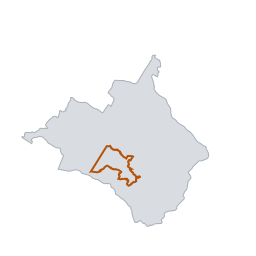 Maniema on a map of Democratic Republic of the Congo (Robinson projection), rotated 122°
{"feature_id": "COD-1895", "entity_name": "Maniema", "entity_type": "Province", "adm_level": 1, "iso_a3": "COD", "parent_name": "Democratic Republic of the Congo", "parent_adm1": "", "projection": "robinson", "projection_center": [26.456, -2.545], "detail": "fine", "context": "in_parent", "style": "outline", "palette": "amber", "viewbox_px": 256, "rotation_deg": 122, "n_neighbors": 0, "source": "natural_earth", "source_scale": "10m", "svg_char_len": 8169}
<svg xmlns="http://www.w3.org/2000/svg" viewBox="0 0 256 256"><g transform="rotate(122 128 128)"><path d="M200.0,165.4L185.2,168.1L185.5,169.0L185.3,170.0L185.0,170.8L183.4,172.9L181.2,174.8L181.2,175.2L182.3,177.4L183.0,180.3L182.8,185.4L183.1,186.8L183.1,187.9L182.3,189.1L180.8,195.3L181.8,198.3L184.7,201.1L186.4,203.1L189.3,203.9L189.8,203.8L190.0,202.0L192.3,201.4L192.2,212.4L192.1,213.0L191.7,213.2L191.1,212.8L190.9,211.7L190.3,211.3L187.5,212.7L186.8,212.6L186.0,212.4L185.5,211.8L185.3,211.0L183.3,207.8L182.3,207.5L181.3,204.7L176.8,202.5L175.1,202.4L174.3,201.7L173.4,199.5L171.9,198.0L171.6,196.4L171.3,196.1L170.4,196.5L169.6,199.0L168.6,199.6L166.8,199.7L162.3,199.0L159.0,197.6L158.2,197.7L156.9,196.5L156.3,194.6L156.6,193.0L156.4,192.8L151.4,194.1L150.2,194.9L149.1,194.7L148.8,194.3L149.3,193.2L149.0,192.1L148.7,191.5L147.2,191.1L146.7,189.9L145.8,189.7L145.5,189.9L145.3,190.7L144.8,191.0L141.8,190.6L138.7,191.7L134.6,191.4L132.7,192.7L132.4,192.6L132.0,192.0L131.6,189.9L131.8,189.3L132.4,188.9L132.6,188.1L132.4,185.9L132.5,185.4L132.3,184.2L131.7,182.2L130.8,180.6L129.0,178.1L128.6,177.0L128.7,174.3L129.3,170.0L129.3,166.8L128.5,164.7L128.3,162.4L128.8,158.4L128.3,157.4L118.9,157.1L118.5,156.8L118.4,156.2L118.8,153.9L113.1,154.5L111.3,154.9L110.3,155.9L109.9,157.1L109.9,158.9L109.1,160.5L108.8,163.4L107.2,163.7L105.7,163.7L102.6,163.1L99.6,163.9L98.2,164.6L97.4,164.3L94.8,164.6L94.4,164.3L91.3,158.8L90.0,156.9L89.7,156.0L89.8,155.1L89.4,154.0L88.0,151.1L87.7,149.8L87.8,147.7L87.6,147.0L86.3,145.2L85.5,144.6L84.5,144.3L69.2,144.5L64.1,144.2L60.4,144.4L58.6,144.3L58.0,144.0L56.3,144.4L55.5,145.2L54.1,145.5L53.3,145.4L51.7,143.3L53.9,143.0L54.0,142.7L54.1,137.8L53.6,137.1L54.7,136.2L56.6,134.0L58.4,133.3L58.6,132.8L59.0,132.8L59.7,133.8L61.3,135.0L63.2,133.9L63.4,133.6L63.7,131.5L64.2,131.3L65.0,131.8L65.5,131.8L66.3,131.1L68.8,130.1L69.5,131.4L68.9,132.7L69.2,133.5L69.2,134.9L69.7,135.2L71.6,135.4L72.2,135.0L76.1,130.1L77.1,129.6L78.7,127.6L80.9,126.8L81.9,125.2L83.1,122.5L83.7,118.6L83.4,111.7L83.6,110.8L86.2,107.8L88.9,102.2L90.8,100.7L92.1,100.1L94.2,98.1L95.9,96.0L95.7,93.6L96.1,91.5L97.0,88.9L97.3,86.2L97.0,83.3L97.1,80.9L98.4,77.1L98.5,72.8L99.6,69.1L101.9,64.5L102.9,61.1L102.7,57.7L103.0,55.2L102.9,53.7L102.5,52.4L102.7,51.6L103.6,51.3L104.6,50.0L106.5,46.7L108.6,45.0L110.0,44.5L111.5,44.6L112.5,44.9L114.0,46.2L115.8,47.2L117.1,48.5L118.5,50.6L121.6,51.0L123.0,51.7L123.8,52.0L124.1,51.8L124.8,51.9L126.3,52.5L127.5,52.2L133.4,53.5L134.0,52.9L135.7,49.4L136.9,48.2L138.9,48.1L140.5,48.7L141.4,48.7L148.6,45.7L149.5,45.6L152.1,46.3L153.9,45.8L154.5,46.0L156.0,45.5L157.2,43.4L158.2,42.8L168.6,45.1L170.2,44.0L171.0,43.9L173.3,44.7L174.0,46.0L175.4,47.1L176.3,48.9L177.9,49.9L178.7,50.9L179.6,51.6L181.5,51.8L183.9,50.2L185.6,50.3L187.3,51.2L187.9,51.2L189.1,50.2L189.8,49.2L190.5,49.0L191.5,49.4L192.3,50.4L193.0,51.8L195.6,54.9L198.1,56.2L198.8,58.2L199.7,58.0L200.1,58.2L200.8,59.4L201.2,59.6L201.3,60.1L200.7,61.3L200.1,63.4L200.9,64.8L200.2,66.8L199.9,68.8L200.7,69.3L201.8,69.2L202.7,70.3L203.5,70.5L204.3,71.6L204.1,72.5L201.6,75.8L197.9,79.8L196.7,80.3L196.0,81.0L195.6,82.2L194.5,83.2L193.6,83.6L193.6,86.5L192.3,89.5L191.8,90.2L191.1,95.1L191.3,95.9L190.6,99.9L190.7,103.7L188.9,104.8L187.6,106.7L187.1,107.9L187.1,111.0L185.1,112.8L184.9,113.3L185.4,115.4L186.2,115.7L186.2,116.5L187.9,118.8L187.8,125.8L187.8,126.5L188.7,128.2L189.3,131.4L188.6,135.5L190.9,143.0L189.9,145.7L190.4,148.4L191.7,151.1L194.9,153.8L195.7,154.9L196.5,156.4L197.3,158.8L200.0,165.4Z" fill="#d9dde1" stroke="#a8b0b8" stroke-width="1"/><path d="M151.9,113.4L151.7,113.3L151.5,112.9L150.7,111.3L150.0,110.2L149.8,109.9L149.7,109.3L149.6,108.6L152.7,108.8L153.1,108.7L153.9,108.6L154.0,108.6L154.6,109.1L154.6,109.4L154.6,109.5L154.4,109.8L154.5,109.9L154.5,110.0L154.8,110.1L155.1,110.2L155.5,110.2L155.9,110.2L156.3,110.1L156.6,110.0L156.7,109.9L158.0,108.3L158.2,108.0L158.3,108.0L158.5,107.9L158.8,107.8L159.0,107.8L159.4,108.0L159.6,108.1L160.2,107.9L160.5,107.9L160.7,107.6L160.8,107.4L160.8,107.2L160.8,106.6L160.8,106.4L160.9,105.8L160.9,105.6L160.9,105.2L160.9,104.1L160.9,103.7L161.1,104.0L161.3,104.2L161.5,104.4L161.5,104.5L161.8,104.6L162.0,104.6L162.2,104.4L162.2,104.2L162.3,104.1L162.2,103.8L162.3,103.7L162.5,103.5L162.6,103.4L162.6,103.2L162.6,102.8L162.6,102.7L162.8,102.6L163.0,102.4L163.0,102.2L163.1,101.7L163.3,101.4L163.2,101.0L163.1,100.9L163.2,100.1L163.3,99.8L163.4,99.7L164.0,99.3L164.2,99.2L164.3,99.0L164.4,98.9L164.4,98.7L164.1,96.8L164.2,96.6L164.4,96.3L165.1,95.6L165.2,95.4L165.3,95.2L165.2,95.0L165.2,94.9L165.0,94.6L164.1,93.9L163.7,93.5L163.4,93.1L163.0,92.8L162.9,92.6L162.9,92.4L163.1,92.1L163.2,91.9L163.3,91.9L163.5,92.0L163.9,92.3L164.1,92.5L164.3,92.7L164.5,92.8L164.7,93.3L164.9,93.3L164.9,93.5L165.1,93.7L165.4,93.8L165.5,94.1L165.7,94.4L165.8,94.4L166.1,94.4L166.5,94.4L166.8,94.2L167.2,93.9L167.3,93.8L167.6,93.8L168.3,93.3L168.5,93.4L168.8,93.3L168.7,93.1L168.7,92.9L168.8,92.9L169.1,93.1L169.3,93.1L169.5,93.3L169.8,93.4L170.0,93.4L170.2,93.6L170.4,93.7L170.5,93.8L170.6,94.1L170.7,94.3L170.8,94.4L171.0,94.5L171.1,94.8L171.3,94.9L171.5,95.0L171.8,95.0L172.4,95.1L172.6,95.2L172.8,95.3L172.8,95.5L173.0,95.6L173.3,95.6L173.7,95.4L173.9,95.4L174.0,95.5L174.2,95.8L174.6,95.8L174.8,95.8L175.4,96.1L175.8,96.2L176.6,96.9L176.6,97.2L176.6,97.4L176.5,97.8L176.3,98.4L176.2,98.9L176.2,99.0L175.5,99.4L175.4,99.5L174.9,99.5L174.5,99.6L174.4,99.5L174.2,99.4L173.8,99.4L173.6,99.4L173.2,99.7L172.9,99.6L172.6,99.8L172.3,100.0L172.2,100.1L172.2,100.4L172.1,100.7L172.1,100.8L172.3,100.9L172.3,101.0L172.4,101.3L172.6,101.4L172.7,101.6L172.7,101.8L172.4,101.8L172.2,101.7L172.0,101.8L171.9,101.9L171.7,102.0L171.8,102.3L172.0,102.7L173.6,104.9L174.0,105.6L174.2,105.9L174.3,106.0L174.9,106.5L175.2,107.0L175.3,107.1L175.6,107.3L175.7,107.5L175.8,107.7L175.8,108.4L175.8,108.6L176.1,109.2L173.5,109.4L173.3,109.5L173.2,109.6L173.2,110.0L173.1,110.3L173.0,110.5L172.8,110.6L172.6,110.8L172.3,111.0L172.0,111.2L171.6,111.3L171.4,111.4L171.3,111.2L171.2,111.2L171.1,111.3L170.9,111.1L170.7,111.1L170.3,110.7L170.1,110.7L169.9,110.6L169.7,110.6L169.4,110.5L169.1,110.4L168.9,110.4L168.8,110.8L168.7,111.9L168.6,113.2L168.6,113.4L168.7,113.9L169.2,115.5L169.3,115.9L169.4,116.1L169.4,116.5L169.6,116.8L170.0,117.4L170.4,117.7L170.5,118.1L170.5,118.4L170.6,118.8L170.8,118.9L170.8,119.1L170.9,119.3L170.8,119.5L171.0,119.7L171.0,119.8L171.0,120.0L171.0,120.6L171.1,120.8L170.8,121.3L170.7,121.4L170.8,121.6L170.8,121.8L171.0,121.9L170.9,122.2L171.0,122.3L171.0,122.5L170.8,124.6L170.8,124.9L170.8,125.1L170.9,125.3L171.0,125.6L171.3,126.0L171.5,126.1L171.7,126.3L172.7,126.6L173.3,126.9L174.0,127.1L175.3,127.1L175.7,127.2L175.9,127.3L176.2,127.5L176.7,128.0L177.0,128.2L177.3,128.3L178.0,128.6L178.3,128.5L178.3,128.8L178.3,129.0L178.5,129.0L178.8,129.2L178.9,128.9L179.0,128.8L179.2,128.7L179.3,128.6L179.5,128.6L179.9,128.9L180.4,129.2L180.7,129.7L180.9,129.9L181.7,130.5L181.9,130.6L182.0,130.8L182.9,132.9L183.3,133.6L184.0,135.6L184.1,135.8L184.2,136.0L184.6,136.4L154.9,136.4L154.7,136.4L154.1,135.5L154.1,135.3L154.1,135.1L153.9,134.9L153.7,134.6L153.5,134.4L153.4,134.3L153.2,134.2L153.1,133.7L152.9,133.6L153.0,133.5L152.9,133.3L152.9,133.1L153.0,132.7L153.3,132.4L153.7,131.8L154.0,131.5L154.1,131.4L153.9,131.0L153.8,130.9L154.0,130.1L154.1,129.9L154.1,129.7L154.0,129.2L154.1,128.9L153.9,128.6L154.0,128.5L154.0,128.4L153.9,128.2L153.8,127.9L153.7,127.6L153.2,127.4L153.2,127.1L152.9,126.8L152.8,126.5L152.7,126.6L152.5,126.3L152.5,126.2L152.4,126.0L152.5,126.0L152.5,125.9L152.4,125.9L152.2,125.8L152.2,125.7L151.9,125.2L152.0,125.1L152.2,124.8L152.4,124.5L152.4,124.2L152.2,123.6L152.2,123.3L152.2,123.2L152.3,123.2L152.4,122.9L152.3,122.6L152.3,122.4L152.6,122.4L152.7,122.2L152.8,122.0L152.9,121.7L153.0,121.6L153.3,121.5L153.2,120.7L153.3,120.7L153.6,120.7L153.7,120.3L153.8,120.2L154.1,119.7L154.1,119.3L154.2,119.1L154.0,118.9L154.2,119.0L154.3,118.9L154.2,118.6L154.2,118.3L154.2,118.1L154.3,117.9L154.5,117.5L154.6,117.1L154.9,116.4L154.9,116.2L154.7,115.5L154.7,114.9L154.6,114.5L154.7,114.1L154.8,113.3L151.9,113.4Z" fill="none" stroke="#b45309" stroke-width="2"/></g></svg>